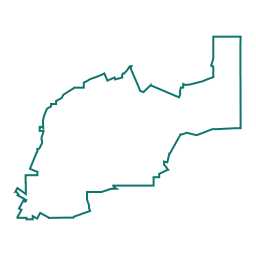 Nungarin, Western Australia, Australia (Mercator projection)
{"feature_id": "25037944B34284730981486", "entity_name": "Nungarin", "entity_type": "district", "adm_level": 2, "iso_a3": "AUS", "parent_name": "Australia", "parent_adm1": "Western Australia", "projection": "mercator", "projection_center": [118.178, -31.137], "detail": "fine", "context": "isolated", "style": "outline", "palette": "teal", "viewbox_px": 256, "rotation_deg": 0, "n_neighbors": 0, "source": "geoboundaries", "source_scale": "gbopen_adm2", "svg_char_len": 2727}
<svg xmlns="http://www.w3.org/2000/svg" viewBox="0 0 256 256"><path d="M49.1,217.9L53.6,217.8L56.7,217.8L57.7,217.8L60.4,217.7L62.5,217.7L66.6,217.7L69.5,217.6L73.4,217.7L73.9,216.6L75.5,216.1L80.2,214.5L81.7,213.9L86.9,212.1L90.1,211.0L89.1,208.3L89.0,205.3L87.0,199.6L87.0,192.0L90.6,192.0L96.0,192.0L101.5,192.0L110.7,188.9L116.2,188.7L116.4,188.7L114.2,187.2L113.9,186.9L113.6,186.5L113.4,186.1L113.3,185.6L113.6,185.6L118.0,185.6L128.8,185.6L130.9,185.6L133.0,185.6L140.5,185.6L149.6,185.6L153.6,185.6L153.6,177.2L159.2,177.2L159.2,173.8L167.9,169.7L168.0,169.7L166.8,168.2L166.5,167.4L164.1,164.7L164.0,161.6L165.6,162.0L167.2,162.3L167.3,162.3L169.3,153.8L169.6,154.0L173.7,146.7L177.9,139.2L180.7,134.2L182.0,134.5L186.5,132.8L187.4,133.0L194.6,134.7L196.7,135.2L207.6,131.0L207.8,130.9L212.5,129.1L218.3,129.1L220.1,129.0L222.0,128.9L227.5,128.6L234.8,128.2L235.3,128.2L238.7,128.2L240.6,128.2L240.6,122.8L240.5,77.4L240.4,77.0L240.4,76.2L240.4,56.5L240.4,51.4L240.4,45.8L240.4,44.1L240.6,38.4L240.6,36.7L213.3,36.7L213.3,58.4L211.4,65.0L211.2,65.9L213.2,66.5L213.3,66.8L213.3,71.0L213.2,71.7L213.1,73.3L213.2,73.5L213.3,73.9L213.3,74.1L213.3,77.1L211.4,77.8L207.7,79.1L205.6,80.0L204.0,80.7L202.4,81.4L200.5,81.8L190.4,84.4L185.5,85.0L183.2,84.0L183.2,87.6L180.9,87.6L179.8,91.9L180.4,94.0L179.5,96.2L179.1,97.3L176.0,96.1L168.7,93.0L165.4,91.6L159.1,88.9L152.3,86.0L150.6,85.3L150.6,85.2L149.3,86.5L145.7,89.9L143.5,92.1L143.2,91.9L141.2,91.3L140.9,91.2L140.3,91.1L140.1,90.5L136.7,82.4L135.7,80.2L134.0,76.2L130.6,68.3L131.5,66.1L129.6,66.4L127.2,70.2L124.2,73.5L122.8,73.5L121.9,76.0L122.3,77.5L115.1,79.4L114.6,77.5L107.4,80.6L106.1,77.6L104.3,73.4L102.1,74.6L99.4,75.7L96.7,76.8L89.7,79.3L88.3,80.3L85.2,82.0L83.8,82.7L83.8,87.7L74.4,87.7L74.4,87.8L69.6,90.8L66.4,92.8L64.9,93.8L63.3,94.8L61.8,97.9L56.1,101.0L56.1,104.0L51.3,104.0L51.1,104.0L51.1,106.3L50.1,107.0L47.4,108.4L46.4,109.9L44.2,115.5L42.9,120.7L43.2,128.0L42.9,127.8L42.6,127.5L42.1,127.4L41.7,127.2L40.5,126.8L40.2,126.6L39.8,126.2L39.7,126.0L39.7,125.9L39.7,126.7L39.7,130.9L43.5,130.9L43.3,132.0L43.0,133.3L42.1,135.9L41.6,137.2L41.5,137.7L41.6,139.8L41.7,140.1L41.9,140.5L42.0,140.7L42.0,140.8L42.0,141.0L42.1,141.3L42.1,143.0L39.5,148.2L38.5,149.0L37.3,149.0L37.3,151.9L36.7,152.3L34.3,158.2L30.5,167.5L30.0,168.8L33.5,170.3L37.1,171.7L37.4,171.8L37.4,175.2L32.9,175.2L25.6,175.2L25.6,182.7L25.6,182.8L25.8,182.8L25.8,194.0L22.4,191.6L17.4,188.1L15.4,191.7L16.1,191.5L18.5,194.6L17.7,195.3L26.3,200.1L25.4,201.7L23.4,200.6L19.6,207.4L19.0,208.5L21.5,209.8L19.5,213.4L17.5,216.9L17.5,217.8L26.5,217.8L26.5,219.3L32.7,219.3L32.7,216.1L37.1,218.6L40.2,212.9L47.3,216.8L49.1,217.8L49.1,217.9Z" fill="none" stroke="#0f766e" stroke-width="2"/></svg>